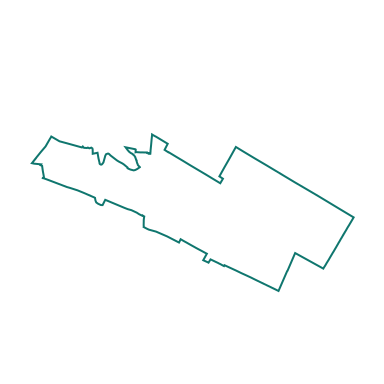 Modelu, Calarasi, Romania (Natural Earth projection), rotated 113°
{"feature_id": "2599482B1796391595822", "entity_name": "Modelu", "entity_type": "district", "adm_level": 2, "iso_a3": "ROU", "parent_name": "Romania", "parent_adm1": "Calarasi", "projection": "natural_earth1", "projection_center": [27.399, 44.232], "detail": "fine", "context": "isolated", "style": "outline", "palette": "teal", "viewbox_px": 384, "rotation_deg": 113, "n_neighbors": 0, "source": "geoboundaries", "source_scale": "gbopen_adm2", "svg_char_len": 4013}
<svg xmlns="http://www.w3.org/2000/svg" viewBox="0 0 384 384"><g transform="rotate(113 192 192)"><path d="M195.9,343.2L197.3,343.3L198.3,343.5L207.3,344.6L214.3,346.8L223.1,349.3L225.0,349.8L224.9,349.7L225.6,349.9L228.0,350.6L227.6,348.4L225.5,341.7L226.5,341.9L226.5,340.8L226.5,340.2L231.0,337.5L234.0,335.5L235.1,334.8L236.8,333.7L237.0,333.6L237.0,333.9L237.0,334.2L236.9,334.4L237.0,334.6L237.2,334.8L237.5,334.8L237.5,334.4L237.3,334.1L237.3,333.9L237.0,327.5L236.3,308.9L236.1,307.5L235.9,305.8L235.2,298.0L235.1,291.4L235.2,279.6L235.3,279.4L235.3,279.0L237.6,277.5L239.0,276.1L239.5,273.9L239.6,270.8L239.0,269.2L233.1,268.8L233.0,248.1L232.9,244.5L232.4,240.7L232.5,237.7L232.6,234.7L233.1,232.0L233.3,228.4L232.9,228.4L233.2,226.5L233.2,226.4L234.9,226.0L235.8,225.7L236.2,225.6L236.3,225.6L237.3,225.2L238.0,224.9L239.5,224.3L240.3,224.0L241.5,223.5L242.9,222.8L243.1,222.8L243.4,219.6L243.5,217.0L242.5,209.6L242.6,197.5L243.6,184.2L239.9,184.0L240.3,181.0L240.5,179.1L240.7,177.0L240.9,175.4L241.3,171.9L241.7,168.1L241.9,166.4L242.3,162.0L242.5,159.7L242.9,155.6L243.0,154.2L250.4,155.0L250.5,151.5L250.5,150.3L250.6,149.2L246.8,148.6L246.9,146.1L247.1,141.6L247.1,140.8L247.3,138.7L247.3,137.7L247.6,135.1L247.7,133.6L246.7,133.5L247.1,120.6L247.4,114.8L247.5,110.7L247.6,107.6L247.7,104.2L247.9,101.2L248.1,97.4L248.5,89.4L249.1,77.0L249.3,73.7L227.6,73.5L227.3,73.3L207.9,73.2L211.2,41.2L209.4,41.0L208.7,40.8L207.9,40.7L206.7,40.5L204.8,40.3L203.6,40.1L201.6,39.8L201.1,39.7L199.4,39.5L198.6,39.4L197.8,39.3L195.6,39.0L192.5,38.6L191.5,38.4L191.4,38.4L189.8,38.2L188.9,38.1L186.8,37.8L184.2,37.5L182.8,37.3L181.5,37.2L179.7,36.9L178.5,36.8L177.9,36.7L177.7,36.7L176.8,36.6L176.4,36.5L176.2,36.5L175.8,36.4L175.4,36.4L175.2,36.4L174.9,36.3L174.7,36.3L174.3,36.2L174.2,36.2L173.9,36.2L173.7,36.2L173.4,36.1L173.2,36.1L172.8,36.1L172.7,36.0L172.4,36.0L172.1,36.0L172.0,35.9L171.8,35.9L171.7,35.9L171.4,35.9L171.1,35.8L170.9,35.8L170.7,35.8L170.4,35.7L170.1,35.7L169.8,35.7L169.7,35.6L169.4,35.6L169.1,35.6L168.8,35.5L167.3,35.3L166.6,35.2L163.9,34.9L160.8,34.4L160.7,34.4L154.0,33.5L152.2,33.3L151.0,41.9L149.8,50.5L147.2,68.7L146.4,74.3L145.0,85.0L142.9,101.3L138.4,133.3L136.6,147.0L134.7,160.5L133.4,169.2L146.6,170.6L156.7,171.8L166.9,172.9L167.7,168.7L172.9,169.4L171.5,179.2L170.7,184.7L168.0,204.7L166.9,212.1L165.8,220.1L164.5,229.2L164.7,229.3L163.9,233.7L157.1,233.2L155.1,247.1L155.1,247.9L154.7,251.2L155.2,251.0L159.5,249.7L160.4,249.4L164.1,248.2L170.5,246.2L170.9,246.0L171.0,246.0L171.6,245.8L171.8,245.7L172.0,245.7L172.3,245.6L172.5,245.5L172.7,245.4L173.1,245.3L173.2,245.6L173.4,245.9L173.5,246.2L173.6,246.4L173.7,246.8L173.0,247.0L173.2,247.6L173.6,248.6L173.2,248.8L175.9,255.5L176.9,258.4L177.3,259.4L177.4,259.5L174.9,260.4L174.8,260.7L175.0,261.9L176.8,270.6L178.4,267.9L178.7,267.2L178.8,267.1L179.4,265.8L179.6,265.4L179.7,264.8L180.0,263.9L180.1,262.8L180.2,262.4L180.2,262.1L180.1,261.7L180.5,261.0L180.7,260.6L180.8,260.1L180.9,259.8L180.9,259.6L181.2,259.1L181.9,258.2L182.0,257.9L182.8,257.3L182.9,257.1L183.8,256.3L184.4,255.6L184.5,255.7L185.0,255.1L185.5,254.9L185.7,254.7L186.3,254.2L186.8,253.8L187.5,253.0L188.2,252.5L188.4,252.2L188.6,251.7L188.8,251.4L188.9,251.1L189.1,250.7L189.3,250.0L189.4,249.8L189.5,249.7L189.8,249.9L192.2,251.4L193.9,252.8L194.5,253.6L194.7,253.9L194.9,254.2L195.0,254.9L195.3,256.8L195.4,257.6L195.4,258.6L195.4,259.6L195.3,260.4L195.1,260.9L194.8,261.0L194.6,261.0L193.2,265.7L192.9,267.4L192.6,271.2L192.3,273.2L191.8,275.2L190.2,281.3L189.7,282.5L189.4,283.3L189.4,284.3L190.7,285.8L192.4,286.0L199.4,285.1L200.7,285.4L201.7,285.7L202.2,286.1L202.4,286.6L202.3,287.6L202.1,288.0L201.6,288.4L201.3,288.5L197.6,291.2L192.8,294.3L195.6,298.3L191.8,300.0L190.8,300.7L190.5,302.0L191.0,302.6L191.8,303.4L191.9,303.7L191.8,305.2L192.4,305.7L192.6,305.9L192.8,306.6L193.3,308.0L193.5,308.5L193.5,308.9L192.8,310.3L194.0,310.7L196.0,325.9L197.1,333.8L196.7,336.9L195.9,343.2Z" fill="none" stroke="#0f766e" stroke-width="2"/></g></svg>